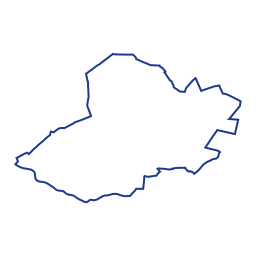 Scherpenzeel, Gelderland, Netherlands
{"feature_id": "6326949B37781973583405", "entity_name": "Scherpenzeel", "entity_type": "district", "adm_level": 2, "iso_a3": "NLD", "parent_name": "Netherlands", "parent_adm1": "Gelderland", "projection": "robinson", "projection_center": [5.498, 52.09], "detail": "fine", "context": "isolated", "style": "outline", "palette": "blue", "viewbox_px": 256, "rotation_deg": 0, "n_neighbors": 0, "source": "geoboundaries", "source_scale": "gbopen_adm2", "svg_char_len": 5415}
<svg xmlns="http://www.w3.org/2000/svg" viewBox="0 0 256 256"><path d="M112.9,53.9L112.2,54.6L110.2,56.0L108.7,57.2L107.0,58.5L102.2,62.1L99.2,64.5L98.2,64.9L96.1,66.3L94.8,67.3L91.8,69.6L90.6,70.4L86.0,73.8L86.2,74.6L86.7,76.7L86.8,77.3L87.2,79.4L87.3,79.8L87.3,80.0L87.5,80.5L87.6,81.0L87.8,81.4L87.8,81.6L88.0,81.8L88.1,87.0L88.2,88.2L88.3,89.5L88.6,96.4L88.5,97.6L88.3,98.4L87.2,105.2L87.2,105.6L88.2,108.4L88.5,109.2L89.2,111.0L89.7,112.3L90.0,113.1L90.5,114.2L90.7,114.8L91.0,116.2L88.4,117.2L87.2,117.7L85.2,118.5L84.2,118.9L81.4,120.0L78.3,121.1L77.5,121.4L77.3,121.4L75.6,122.0L74.1,122.9L73.8,123.2L64.8,127.9L64.7,128.1L62.1,128.0L61.3,128.0L60.4,128.1L59.7,128.3L59.3,128.4L59.0,128.5L58.2,129.0L57.9,129.1L55.4,130.9L54.7,131.5L53.5,132.3L51.0,131.5L50.9,131.6L49.9,134.9L49.9,135.2L47.8,136.7L47.1,137.3L46.7,137.7L45.7,138.5L42.7,141.4L39.9,143.6L35.3,147.8L35.2,147.8L34.8,148.2L32.9,149.9L31.4,151.5L28.9,154.1L27.3,152.8L27.2,152.7L24.6,153.7L19.4,156.5L17.8,157.4L17.0,157.8L16.6,157.9L17.9,161.6L16.6,162.9L15.4,164.2L16.5,165.1L18.5,166.3L19.4,166.7L20.1,167.0L21.2,167.5L22.7,168.0L23.8,168.3L25.1,168.5L27.0,168.8L27.6,169.0L29.8,169.3L30.6,169.5L31.0,169.6L31.3,169.8L32.4,170.4L32.8,170.6L33.4,171.1L34.4,172.3L34.7,173.1L35.0,174.2L35.0,175.0L35.2,176.9L35.3,178.0L35.5,178.6L35.6,179.0L35.8,179.3L36.2,179.8L36.5,180.0L36.9,180.4L37.2,180.7L37.6,180.9L38.1,181.1L38.6,181.3L39.0,181.4L39.9,181.6L40.4,181.7L42.5,181.9L43.6,182.1L44.4,182.3L45.0,182.5L45.9,182.8L46.5,183.1L46.8,183.2L47.6,183.6L51.4,186.1L53.1,187.2L53.7,187.6L55.4,189.1L56.2,189.7L56.5,189.9L56.9,190.1L57.5,190.3L58.2,190.5L58.6,190.6L61.6,190.9L62.4,191.1L63.1,191.1L63.7,191.3L64.0,191.8L65.0,192.5L66.0,193.6L67.0,194.0L68.8,194.6L69.4,194.7L69.4,194.8L70.1,194.8L71.5,195.1L72.1,195.2L73.6,195.7L74.0,195.9L74.3,196.1L77.3,198.2L78.8,199.1L79.3,199.4L81.2,200.2L82.8,201.0L83.7,201.5L84.4,201.7L84.9,202.0L85.2,202.1L85.6,202.1L86.0,202.1L86.6,202.1L87.0,201.9L87.6,201.7L89.3,200.5L89.5,200.3L89.7,200.1L89.9,200.0L90.3,199.9L90.5,199.8L91.0,199.8L91.4,199.8L92.8,200.1L93.6,200.2L94.3,200.2L95.0,200.1L95.4,200.0L95.9,199.9L97.2,199.4L97.9,199.0L100.2,197.6L102.6,196.3L103.4,195.9L104.0,195.7L104.4,195.6L106.7,195.4L107.8,195.3L108.6,195.2L109.5,194.9L110.7,194.5L111.2,194.4L111.7,194.3L112.4,194.1L113.0,194.0L114.0,193.9L114.5,193.9L115.6,193.9L116.6,194.0L117.4,194.1L118.3,194.4L118.9,194.6L119.9,195.0L120.8,195.3L122.2,195.7L122.8,195.9L123.2,195.9L124.3,196.1L124.8,196.1L126.3,196.1L129.3,196.0L129.9,196.0L130.5,195.4L131.3,194.5L132.4,193.3L133.8,191.7L134.1,191.5L135.0,190.6L135.3,190.1L135.9,189.4L136.1,189.0L136.2,188.8L143.2,188.8L143.2,188.2L143.3,187.5L143.5,185.8L143.7,183.9L143.9,182.3L144.3,176.8L144.6,176.1L147.3,176.6L148.5,176.8L151.7,176.3L154.9,175.8L156.0,175.8L157.3,174.5L157.8,173.5L158.8,172.7L159.0,172.5L159.3,172.3L159.3,172.2L159.5,172.0L159.4,172.0L159.5,171.8L159.5,171.6L159.4,171.4L159.4,171.2L159.2,171.0L158.4,169.7L158.2,169.5L157.6,168.7L158.2,168.4L162.5,168.8L162.8,168.8L163.2,168.8L164.2,168.8L164.6,168.8L166.4,169.2L167.3,169.3L168.4,169.3L169.7,169.5L170.2,169.5L171.0,169.3L171.6,169.0L172.2,168.7L172.3,168.9L172.9,169.0L173.0,168.6L173.7,168.4L174.8,168.2L175.9,168.0L176.5,168.0L177.9,167.9L180.3,167.8L185.1,167.8L185.0,168.1L185.2,168.4L185.4,168.5L185.5,168.7L186.2,169.3L186.6,169.7L187.0,170.1L187.1,170.3L187.6,171.1L188.3,171.1L189.5,171.7L189.8,171.6L190.1,171.2L190.3,171.2L190.6,171.3L192.2,172.0L192.7,172.3L193.0,172.5L193.3,172.7L193.4,172.8L193.8,173.3L194.1,173.8L196.9,171.7L198.2,170.5L199.4,169.3L203.2,164.7L206.1,162.6L208.7,161.1L209.1,161.1L209.8,161.0L210.6,160.4L211.4,159.9L213.3,159.0L215.0,158.8L216.2,158.5L216.8,158.0L217.2,157.7L217.6,157.3L218.1,156.9L218.3,156.4L218.4,156.1L218.5,155.8L218.6,155.3L218.8,154.0L218.9,153.8L219.0,153.3L219.3,152.9L219.9,152.1L218.5,151.0L218.2,150.8L217.7,150.7L215.7,150.1L208.9,148.5L205.3,147.5L207.0,145.1L211.8,138.0L212.8,136.4L213.7,135.3L214.6,133.9L215.7,132.3L215.9,132.1L217.2,130.1L221.7,131.1L231.0,133.2L234.9,134.1L235.2,132.7L237.6,122.6L238.2,119.7L229.1,119.0L230.0,118.1L230.7,117.2L232.0,115.6L236.3,110.4L239.7,106.3L239.8,106.2L239.9,105.6L240.0,105.4L240.6,101.4L239.4,100.7L239.2,100.6L239.0,100.4L236.3,99.0L231.6,96.6L226.8,94.4L226.0,94.1L225.7,94.0L225.0,93.9L222.8,93.6L221.1,89.9L220.7,88.9L220.5,88.6L219.2,85.5L218.1,85.7L214.0,86.4L212.1,87.2L210.3,87.7L206.2,89.1L201.2,90.9L200.5,89.2L198.5,84.7L197.8,83.1L196.4,79.9L195.6,78.1L195.2,78.3L194.8,78.6L192.0,81.3L186.2,88.0L186.0,88.3L185.8,88.9L185.4,90.2L184.9,91.8L184.6,91.8L181.7,91.7L180.2,91.4L179.5,91.4L179.3,91.3L178.9,91.0L178.7,90.8L178.3,90.3L175.8,88.7L175.1,88.2L174.1,87.6L173.9,87.4L173.8,86.8L173.5,85.3L173.4,85.1L173.3,84.9L172.9,84.6L172.7,84.4L172.3,83.1L172.1,82.4L171.9,81.7L170.2,80.4L169.7,80.1L169.4,79.4L168.2,77.8L166.0,74.5L164.5,72.4L165.5,71.8L165.2,71.3L164.6,70.5L164.1,69.8L163.5,69.2L162.7,68.3L162.2,67.8L161.9,67.7L161.2,67.3L160.7,67.1L160.3,66.8L159.9,66.4L159.6,65.5L159.4,65.5L157.5,65.5L153.5,65.3L151.0,65.2L150.7,65.2L149.8,64.8L149.0,64.5L145.3,62.9L143.1,62.1L139.6,60.5L138.8,60.2L136.8,59.3L136.2,59.1L136.1,58.9L136.1,58.4L136.1,58.1L135.9,57.7L135.6,57.3L134.9,56.5L134.5,56.1L133.3,54.8L133.0,54.7L132.4,54.6L130.7,54.6L124.7,54.6L121.6,54.5L116.8,54.4L115.6,54.4L114.6,54.3L113.9,54.1L112.9,53.9Z" fill="none" stroke="#1e3a8a" stroke-width="2"/></svg>